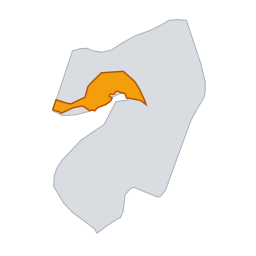 location of Arta within Djibouti, rotated 166°
{"feature_id": "DJI-1568", "entity_name": "Arta", "entity_type": "Region", "adm_level": 1, "iso_a3": "DJI", "parent_name": "Djibouti", "parent_adm1": "", "projection": "mercator", "projection_center": [42.782, 11.46], "detail": "fine", "context": "in_parent", "style": "filled", "palette": "amber", "viewbox_px": 256, "rotation_deg": 166, "n_neighbors": 0, "source": "natural_earth", "source_scale": "10m", "svg_char_len": 1507}
<svg xmlns="http://www.w3.org/2000/svg" viewBox="0 0 256 256"><g transform="rotate(166 128 128)"><path d="M197.0,162.9L187.9,177.3L176.3,195.6L163.2,216.4L154.9,216.5L148.5,215.3L144.1,211.8L135.1,207.9L124.9,207.7L115.2,211.3L98.8,215.8L83.9,217.2L71.9,219.7L62.0,222.6L53.1,221.0L45.3,218.4L43.6,196.3L41.8,172.2L42.0,153.4L44.8,143.0L47.2,139.0L61.2,124.6L66.1,118.8L82.1,95.0L95.9,74.6L106.1,59.4L109.3,56.4L113.6,53.5L116.7,54.3L136.7,69.0L140.2,68.6L146.9,64.1L152.9,48.3L157.2,42.6L159.0,42.8L171.8,38.4L183.5,33.4L185.0,38.6L202.5,59.7L208.3,70.1L214.2,89.0L211.1,99.6L206.5,106.5L199.8,112.7L176.3,127.7L150.2,137.3L133.5,156.5L121.1,155.2L123.0,162.4L127.6,163.2L134.9,161.9L149.2,156.3L162.0,153.6L175.7,153.4L188.2,155.8L197.0,162.9Z" fill="#d9dde1" stroke="#a8b0b8" stroke-width="1"/><path d="M196.5,164.2L191.0,172.8L180.7,166.5L177.4,165.2L162.1,168.3L157.1,177.5L153.8,180.1L140.5,188.0L118.8,184.1L110.2,171.4L107.5,162.9L105.2,150.9L104.8,146.4L108.5,151.0L110.1,152.2L122.3,157.8L122.3,160.4L122.9,162.6L126.4,163.9L128.5,165.8L129.7,166.3L131.2,166.1L132.9,164.5L134.0,164.2L134.9,164.4L135.9,164.9L136.9,165.1L137.9,164.6L138.5,163.2L137.8,162.4L136.7,161.8L136.2,161.2L137.1,159.5L139.2,158.0L144.0,156.1L151.1,155.3L153.3,154.7L154.4,153.9L155.3,153.0L156.1,152.7L157.3,153.5L158.2,154.0L160.8,153.9L161.0,154.2L166.7,160.3L172.7,160.9L176.5,160.9L189.0,158.5L189.4,158.4L190.5,160.1L191.7,160.9L195.0,162.7L196.5,164.2Z" fill="#f59e0b" stroke="#b45309" stroke-width="1.5"/></g></svg>